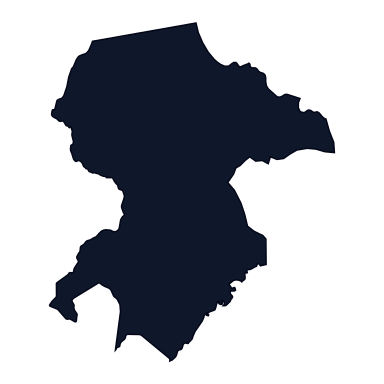 Northern, Natural Earth projection
{"feature_id": "ZMB-515", "entity_name": "Northern", "entity_type": "Province", "adm_level": 1, "iso_a3": "ZMB", "parent_name": "Zambia", "parent_adm1": "", "projection": "natural_earth1", "projection_center": [30.182, -9.848], "detail": "fine", "context": "isolated", "style": "filled", "palette": "ink", "viewbox_px": 384, "rotation_deg": 0, "n_neighbors": 0, "source": "natural_earth", "source_scale": "10m", "svg_char_len": 5864}
<svg xmlns="http://www.w3.org/2000/svg" viewBox="0 0 384 384"><path d="M196.0,23.0L198.3,32.7L202.7,42.9L208.2,52.2L214.2,59.4L217.1,62.0L220.7,64.5L224.6,66.2L228.3,66.2L230.1,65.1L231.9,63.6L233.8,62.5L235.9,62.5L236.9,63.3L238.6,65.9L239.5,66.7L240.7,66.9L241.4,66.6L242.1,66.1L246.6,64.3L247.7,64.0L248.3,63.7L248.5,63.3L248.8,63.2L249.6,63.7L249.9,64.4L250.2,66.2L250.5,66.9L251.7,67.8L252.8,67.9L254.0,67.8L255.3,67.9L256.7,68.7L258.6,71.2L260.0,72.3L263.4,73.4L265.1,75.1L265.7,77.7L265.7,81.5L266.4,85.8L268.4,89.0L276.8,96.5L278.3,97.1L280.1,97.1L281.9,96.4L284.9,94.5L286.9,94.3L300.0,98.5L298.4,102.6L298.3,107.6L300.1,111.7L303.9,112.7L305.7,111.8L307.0,110.7L308.4,110.0L310.6,110.4L313.1,112.1L314.0,112.4L314.9,112.3L316.6,111.9L317.4,111.9L319.2,113.0L322.4,116.8L324.1,118.3L325.9,119.0L329.3,131.1L333.7,142.3L334.4,152.6L324.9,151.7L316.0,149.1L307.2,148.3L296.9,150.0L289.5,154.3L283.6,158.5L277.0,159.4L270.4,156.8L268.2,163.7L262.3,160.5L255.7,161.1L249.8,156.8L245.3,160.3L240.2,165.4L235.8,168.0L233.6,174.0L227.7,182.5L234.3,190.2L240.9,203.1L244.6,214.2L247.5,226.2L254.1,231.3L262.9,235.6L265.9,239.0L266.1,264.5L260.5,265.8L260.1,265.4L259.7,264.6L259.0,263.9L258.1,263.7L257.2,264.3L256.5,266.2L256.0,266.5L254.8,266.9L251.8,268.7L250.2,269.4L247.9,269.7L247.0,270.1L246.6,271.1L247.2,271.9L247.3,272.6L246.9,272.9L245.6,272.9L245.0,273.2L244.8,273.9L245.1,278.0L244.8,279.2L244.1,279.9L242.4,281.1L241.8,281.9L240.8,281.0L239.1,280.3L237.2,279.9L235.8,279.9L234.2,280.2L232.9,280.9L229.1,284.1L229.2,284.8L230.3,286.1L230.9,287.0L231.0,287.6L231.4,288.0L232.5,288.2L233.1,288.0L233.8,287.6L234.5,287.5L235.1,288.2L235.5,290.3L234.1,291.0L230.9,291.0L230.2,292.0L230.1,292.9L230.5,293.9L232.3,296.1L232.6,296.7L232.1,298.0L231.7,298.6L231.1,299.2L230.6,299.9L230.3,301.2L226.4,305.1L225.1,305.7L223.1,305.7L224.0,304.7L224.3,303.7L224.2,302.6L223.7,301.5L222.7,300.6L222.3,301.6L222.2,304.0L220.9,304.5L219.3,303.9L218.5,302.8L219.5,301.5L217.7,301.5L216.6,304.0L215.8,307.3L215.0,309.6L214.2,310.2L211.7,311.1L210.8,311.3L210.2,311.6L209.3,312.1L208.2,312.6L207.0,312.7L208.7,314.9L208.3,315.7L207.0,315.5L205.9,314.1L205.1,314.5L204.3,315.5L203.9,316.6L203.7,317.6L202.1,321.2L195.0,331.5L193.1,335.9L192.3,338.4L191.8,339.4L189.8,341.5L189.3,341.8L188.4,343.2L187.9,343.5L185.9,343.1L184.9,343.0L184.0,343.5L183.3,344.4L182.9,345.4L182.3,347.5L182.0,348.4L181.4,349.1L180.7,349.6L179.5,349.8L178.0,350.5L177.2,352.4L176.6,354.7L175.6,356.8L172.3,359.9L169.8,361.0L169.9,360.4L169.9,359.7L169.6,358.7L169.3,358.3L142.0,335.7L140.6,334.8L139.1,334.5L128.2,334.3L127.0,334.5L126.4,334.9L125.7,335.7L125.3,337.9L124.3,339.4L121.3,341.8L120.7,342.6L120.2,343.8L119.9,344.9L119.8,346.0L119.4,346.6L116.8,347.7L116.0,349.4L115.4,350.1L120.5,311.7L120.1,306.2L120.0,305.0L119.7,304.0L117.3,299.4L116.8,298.7L116.2,298.2L114.0,296.5L113.5,295.7L111.1,290.3L110.6,289.6L110.2,289.1L108.6,288.0L107.7,287.6L104.3,286.2L101.4,284.4L100.0,283.2L99.6,282.9L99.1,282.8L98.4,283.0L74.2,297.8L72.8,299.0L71.8,300.3L72.3,301.9L73.9,304.8L74.1,305.5L73.9,306.7L73.8,307.4L74.0,308.5L74.2,309.5L74.6,310.3L77.0,314.0L77.1,314.7L77.0,315.3L76.6,317.9L76.4,320.5L76.3,321.1L76.1,321.6L75.7,321.8L75.2,321.8L74.7,321.7L70.5,319.2L70.1,319.0L69.6,318.9L67.2,319.2L66.2,318.9L65.8,318.6L58.0,309.6L57.1,309.0L50.4,306.3L49.7,305.8L49.6,305.4L49.7,304.9L50.5,303.6L52.2,301.2L56.1,297.2L56.3,296.7L56.5,296.0L56.4,284.1L56.5,283.3L57.0,282.7L67.6,275.0L68.5,274.1L69.1,273.0L69.7,272.7L70.2,272.6L72.0,272.8L72.6,272.8L73.1,272.5L73.5,271.9L73.9,269.6L74.1,269.0L74.5,268.0L78.0,262.6L78.3,262.1L78.5,261.3L78.4,260.9L77.4,259.3L76.9,258.0L76.8,257.3L76.9,256.6L78.3,253.9L78.8,253.0L79.5,252.4L79.8,251.8L80.1,250.9L80.4,247.6L80.6,246.8L80.8,246.4L81.2,246.1L83.8,244.4L84.2,244.0L85.8,241.8L86.6,241.1L87.7,240.6L90.5,239.8L93.6,237.9L95.8,237.0L96.1,236.7L96.8,236.1L99.6,232.9L100.9,231.7L101.6,231.1L103.3,230.3L103.8,230.1L105.8,229.8L109.8,230.1L110.3,230.2L111.3,230.6L113.0,231.5L114.8,231.7L115.8,231.6L116.2,231.4L117.0,231.0L118.4,229.7L118.9,229.0L119.3,227.9L120.6,220.3L121.0,219.2L121.5,218.3L122.0,217.4L122.6,216.7L124.0,215.4L124.4,214.9L124.4,214.4L124.2,214.0L123.3,212.3L121.9,208.4L121.5,206.7L121.6,205.9L121.7,205.3L123.9,198.7L124.4,196.4L124.3,195.5L123.2,191.9L122.8,191.0L122.1,190.3L121.7,190.1L119.0,189.1L118.6,188.5L118.3,187.7L117.9,186.1L117.6,185.2L117.3,184.6L116.2,183.7L115.1,182.3L114.0,180.6L112.9,178.4L112.3,177.7L111.8,177.6L111.4,177.5L110.4,177.7L108.3,177.6L106.8,177.7L106.4,177.5L105.8,176.8L105.4,176.5L105.0,176.4L103.3,176.2L100.6,175.2L99.0,174.1L98.1,173.7L96.6,173.4L94.8,172.8L94.3,172.7L92.9,173.0L92.4,172.9L90.8,172.0L89.7,171.8L89.2,171.5L88.7,171.0L87.9,169.3L87.4,168.9L86.0,168.6L85.0,167.4L84.0,166.8L83.5,166.1L82.1,162.8L80.5,161.2L79.6,160.8L78.6,160.6L78.0,160.6L77.6,160.8L76.8,161.2L76.3,161.4L75.8,161.4L75.4,161.2L74.4,160.2L74.0,159.7L73.5,158.9L71.7,153.1L70.9,151.4L70.7,150.6L70.5,149.6L70.5,148.9L70.8,145.8L71.0,145.3L71.4,145.0L72.3,144.7L72.7,144.4L73.1,143.4L73.5,141.7L72.0,135.7L71.9,134.6L72.3,131.5L72.2,130.8L71.6,129.3L71.5,128.1L71.3,127.5L71.1,127.1L70.7,127.2L69.9,127.6L69.5,127.7L69.1,127.5L68.3,126.4L67.9,126.1L66.5,125.7L66.1,125.5L65.5,124.7L64.8,123.3L63.8,121.8L63.4,121.4L62.3,120.9L61.8,120.9L61.3,121.1L60.6,121.3L59.8,121.3L59.0,120.9L58.3,120.3L57.7,119.6L57.0,119.0L56.2,118.4L55.4,118.1L53.8,117.2L52.5,116.3L52.1,115.7L51.6,114.6L51.8,112.5L52.2,110.7L52.4,110.2L52.7,109.8L53.2,109.7L54.2,109.7L54.6,109.5L54.9,109.1L56.9,100.9L57.4,100.1L58.6,99.4L61.3,98.5L62.0,98.0L62.4,97.7L63.5,96.2L64.0,95.3L66.9,86.7L68.8,76.9L71.6,69.0L72.1,68.2L73.1,67.2L74.0,65.4L76.5,59.4L77.6,57.8L78.4,56.7L78.8,56.4L79.5,55.9L82.9,54.5L85.6,53.7L86.7,52.8L88.0,51.5L89.3,49.4L91.8,43.5L92.5,41.3L196.0,23.0Z" fill="#0f172a" stroke="#020617" stroke-width="1.5"/></svg>